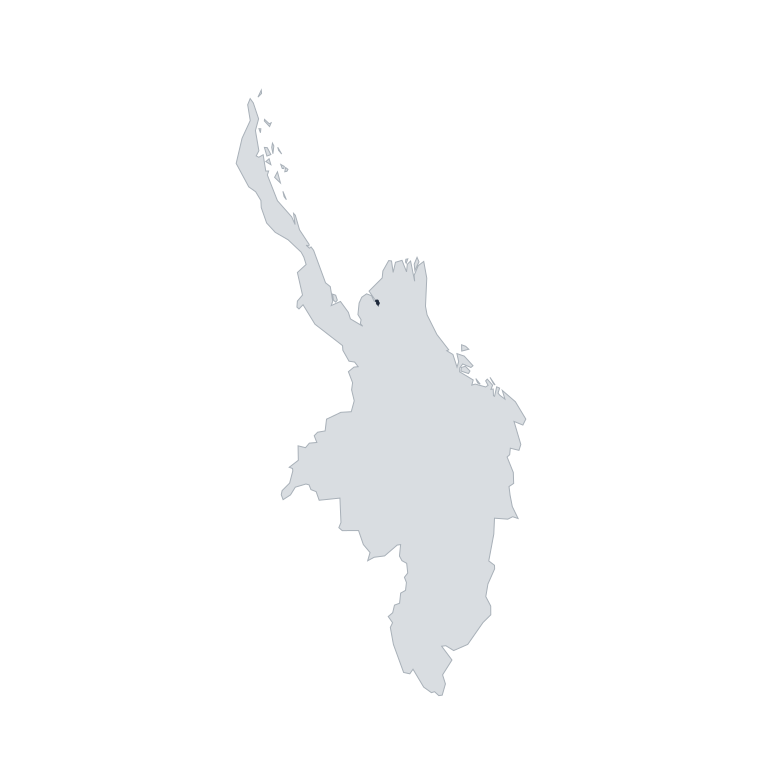 Yangon (West), Yangon, Myanmar (highlighted), rotated 165°
{"feature_id": "60261553B21361013305345", "entity_name": "Yangon (West)", "entity_type": "district", "adm_level": 2, "iso_a3": "MMR", "parent_name": "Myanmar", "parent_adm1": "Yangon", "projection": "natural_earth1", "projection_center": [96.146, 16.837], "detail": "fine", "context": "in_parent", "style": "filled", "palette": "slate", "viewbox_px": 768, "rotation_deg": 165, "n_neighbors": 0, "source": "geoboundaries", "source_scale": "gbopen_adm2", "svg_char_len": 5043}
<svg xmlns="http://www.w3.org/2000/svg" viewBox="0 0 768 768"><g transform="rotate(165 384 384)"><path d="M483.0,346.5L476.3,342.8L471.4,346.2L464.0,344.9L464.8,352.1L460.6,354.6L453.0,353.9L448.6,364.9L433.0,367.8L422.8,365.7L417.1,375.5L416.8,386.7L414.0,393.4L415.2,405.1L408.6,408.1L404.5,407.4L406.7,412.8L411.9,415.1L415.0,427.2L414.1,431.8L435.2,459.6L441.7,481.5L446.7,478.5L448.2,480.8L446.2,486.5L439.7,491.0L438.8,514.1L428.3,519.6L428.6,527.3L429.9,532.8L439.3,548.1L449.8,558.6L455.7,569.9L456.9,586.2L455.4,593.1L458.2,602.9L463.6,609.4L469.7,635.3L457.5,658.1L445.0,673.1L443.4,689.0L439.4,694.3L437.5,689.3L436.5,672.6L442.6,662.1L444.5,641.7L448.4,637.4L446.3,635.4L441.4,636.7L443.1,620.3L440.3,619.6L442.6,616.1L439.5,588.6L429.9,569.3L428.6,561.0L427.2,572.2L426.0,570.0L425.7,554.8L420.2,538.2L420.7,536.8L423.3,538.2L420.9,534.5L419.0,535.3L417.4,531.3L414.3,496.9L410.7,492.0L412.1,477.2L414.7,473.4L404.7,475.0L399.9,462.5L399.6,455.6L389.6,445.3L391.2,448.5L389.5,452.0L391.2,457.8L387.1,468.6L383.0,473.6L377.5,475.6L373.2,472.5L372.2,466.8L370.5,466.7L374.4,477.6L358.3,486.9L355.8,493.5L347.5,502.0L344.9,500.9L346.3,489.4L341.4,498.6L334.6,498.8L333.2,486.5L330.5,493.6L326.5,495.9L327.8,475.3L326.7,481.3L320.2,489.5L313.9,492.1L315.3,475.2L323.8,448.4L324.5,439.6L320.1,418.1L312.6,400.2L314.8,399.9L309.8,394.7L309.1,381.4L306.1,386.2L305.7,394.5L299.3,390.2L293.3,378.6L295.8,377.5L302.8,383.0L306.7,379.9L307.8,376.2L296.8,364.8L299.5,360.2L295.9,360.3L286.5,354.8L283.8,355.8L285.0,360.7L283.0,362.0L279.4,354.7L282.1,351.1L279.8,350.9L281.3,344.4L280.4,343.5L275.9,352.1L273.4,350.1L276.2,345.7L275.1,343.2L271.1,338.1L271.4,347.2L261.7,332.9L256.1,313.4L260.5,308.4L268.1,314.2L267.5,290.2L270.8,285.0L278.6,289.3L280.9,283.2L284.0,281.6L282.0,265.1L284.5,254.4L289.8,252.6L291.0,244.0L291.8,232.4L289.3,219.4L294.1,222.5L299.4,221.4L312.0,225.8L316.8,210.6L328.6,186.0L324.2,180.3L325.0,176.8L335.4,163.9L340.7,152.3L338.4,141.9L340.6,133.4L350.1,128.0L370.5,110.8L385.7,108.5L392.0,115.2L396.2,115.8L389.8,99.8L402.7,87.9L402.3,78.4L408.3,68.4L411.7,68.8L414.8,73.7L418.1,73.6L424.1,80.9L429.8,101.0L434.1,97.4L439.7,100.3L442.3,130.0L440.9,147.2L437.5,151.2L440.1,158.3L434.8,160.8L431.1,167.7L425.7,168.2L422.0,177.7L416.6,179.1L413.7,186.5L414.3,192.0L410.0,195.3L408.5,204.9L412.4,208.7L413.6,213.8L409.5,224.6L413.0,225.0L427.9,217.8L438.4,219.2L445.5,217.5L441.1,224.8L445.5,234.3L446.5,249.0L462.3,253.2L464.8,256.9L461.4,261.4L456.1,285.2L476.7,288.5L477.4,297.6L481.9,300.9L482.5,306.0L485.3,307.6L496.4,307.3L503.0,301.1L511.4,298.4L511.9,303.6L510.0,307.4L500.8,312.7L494.6,323.6L494.2,326.0L497.1,328.1L486.5,332.5L483.0,346.5ZM299.7,372.2L306.3,376.6L305.0,379.9L300.8,380.1L297.6,374.3L299.7,372.2ZM432.0,605.0L436.2,611.9L432.0,616.5L432.0,605.0ZM298.9,401.8L295.4,399.3L293.1,395.6L300.4,395.7L298.9,401.8ZM438.1,634.5L438.3,643.5L435.6,642.5L433.9,634.9L438.1,634.5ZM323.8,492.0L319.3,497.8L318.6,492.9L324.8,485.7L323.8,492.0ZM410.4,484.1L407.7,482.3L407.4,477.1L409.5,475.6L411.1,478.1L410.4,484.1ZM429.4,645.5L428.8,642.5L431.7,635.2L431.2,641.6L429.4,645.5ZM427.9,662.3L431.5,669.1L430.9,670.5L427.5,665.1L425.4,665.5L427.9,662.3ZM440.6,629.4L436.7,631.3L436.5,625.1L440.6,629.4ZM431.5,693.7L426.5,699.6L427.1,696.3L431.5,693.7ZM278.1,355.7L279.9,363.0L276.9,354.3L278.1,355.7ZM432.0,590.8L431.8,596.3L430.6,587.3L432.0,590.8ZM293.3,360.9L293.9,365.5L291.1,358.9L293.3,360.9ZM426.9,622.8L424.0,620.0L425.0,618.0L426.5,618.5L426.9,622.8ZM424.9,614.7L423.0,618.5L421.2,616.2L422.7,614.6L424.9,614.7ZM425.3,636.9L425.4,640.2L423.3,632.6L425.3,636.9ZM330.6,498.8L328.6,498.7L331.3,494.9L331.6,496.3L330.6,498.8ZM438.7,663.0L436.9,662.4L438.3,658.7L438.7,663.0Z" fill="#d9dde1" stroke="#a8b0b8" stroke-width="1"/><path d="M369.3,461.9L369.2,462.1L368.8,462.3L368.9,462.5L369.0,462.7L368.9,462.8L368.7,462.9L368.6,463.0L368.3,463.2L368.2,463.2L368.1,463.3L367.8,463.4L367.8,463.5L367.9,463.8L368.0,463.9L368.0,464.0L368.2,464.3L368.3,464.4L368.3,464.5L368.5,464.7L368.5,464.8L368.5,465.0L368.6,465.3L368.6,465.5L368.5,465.8L368.5,466.0L368.6,466.3L368.8,466.4L368.8,466.5L369.0,466.5L369.3,466.6L369.6,466.6L369.8,466.7L370.0,466.8L370.1,466.7L369.9,466.6L369.8,466.3L369.7,466.3L369.7,466.2L369.6,465.9L369.6,465.7L369.6,465.8L369.7,465.7L369.7,465.8L369.7,465.7L369.7,465.8L369.7,465.7L369.7,465.8L369.8,465.8L369.7,465.8L369.8,465.8L370.0,465.8L369.9,465.8L369.9,465.7L369.9,465.8L369.9,465.7L369.9,465.8L370.0,465.8L370.0,465.7L369.9,465.7L370.0,465.7L369.9,465.7L370.0,465.7L369.9,465.6L370.0,465.5L370.0,465.4L370.0,465.2L369.9,465.1L369.9,464.9L369.7,464.8L369.6,464.7L369.6,464.4L369.6,464.2L369.6,463.9L369.8,463.9L369.9,463.7L370.0,463.6L370.2,463.4L370.1,463.2L369.9,463.2L369.7,463.2L369.5,462.9L369.5,462.7L369.4,462.4L369.4,462.2L369.3,461.9ZM368.4,466.2L368.4,465.9L368.4,465.7L368.4,465.4L368.4,465.2L368.3,464.9L368.2,464.9L368.2,465.0L368.2,465.3L368.2,465.5L368.2,465.8L368.2,466.0L368.3,466.2L368.4,466.2Z" fill="#64748b" stroke="#1e293b" stroke-width="1.5"/></g></svg>